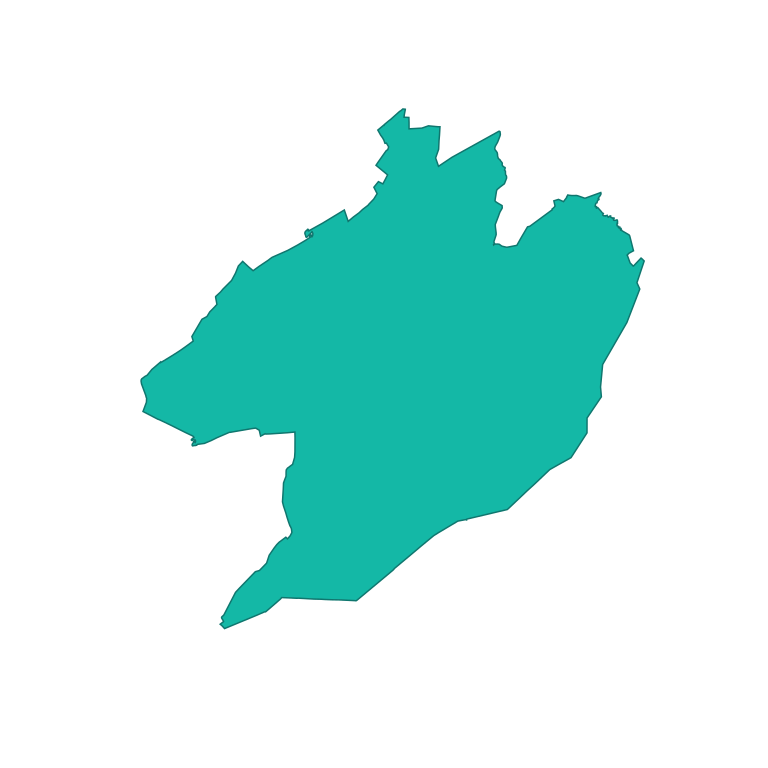 the district of Vilces pag., Jelgava, Latvia, rotated 313°
{"feature_id": "27541924B72553882676759", "entity_name": "Vilces pag.", "entity_type": "district", "adm_level": 2, "iso_a3": "LVA", "parent_name": "Latvia", "parent_adm1": "Jelgava", "projection": "robinson", "projection_center": [23.537, 56.394], "detail": "fine", "context": "isolated", "style": "filled", "palette": "teal", "viewbox_px": 768, "rotation_deg": 313, "n_neighbors": 0, "source": "geoboundaries", "source_scale": "gbopen_adm2", "svg_char_len": 6060}
<svg xmlns="http://www.w3.org/2000/svg" viewBox="0 0 768 768"><g transform="rotate(313 384 384)"><path d="M220.4,204.4L218.7,206.6L213.0,217.9L212.4,218.6L211.7,220.1L208.6,222.7L199.5,226.5L204.0,242.6L204.6,243.9L208.2,255.3L213.2,272.2L215.4,279.1L215.6,280.2L215.4,281.5L215.2,281.7L214.2,281.2L212.5,281.0L211.9,281.1L211.7,281.2L211.6,281.5L211.7,282.1L212.0,282.3L212.8,282.3L213.2,282.6L213.6,283.1L213.6,283.5L213.8,283.7L214.3,284.0L214.0,284.8L213.1,285.7L212.4,285.8L212.4,285.5L212.6,284.2L212.0,284.0L211.5,284.4L211.1,284.5L209.5,284.7L208.7,285.1L208.5,285.3L208.2,285.8L208.3,286.4L209.4,287.0L210.1,287.8L211.5,288.8L211.9,288.6L212.7,288.8L218.1,293.2L224.8,296.2L230.9,298.5L242.8,303.7L243.6,304.2L243.8,304.5L260.9,317.5L264.1,320.1L264.3,320.5L265.1,324.3L261.7,329.3L266.6,331.0L266.7,331.6L269.8,334.7L282.7,346.8L288.1,351.6L284.0,355.6L273.6,365.2L269.3,368.7L262.8,372.0L262.7,371.9L256.6,370.8L254.5,371.1L253.1,372.2L249.7,375.3L246.4,376.6L243.1,378.0L238.2,382.2L228.6,390.1L226.3,393.6L222.7,400.2L220.4,404.0L218.0,408.3L216.2,411.8L215.7,413.4L215.0,415.0L212.6,417.9L209.0,418.9L204.9,419.0L205.0,417.0L205.0,416.7L196.8,415.2L193.6,415.1L189.2,415.5L180.5,416.8L176.2,418.8L172.9,420.3L172.5,420.3L163.0,420.1L162.5,420.0L159.0,417.9L136.8,417.5L130.4,417.5L106.2,424.3L105.6,424.4L103.3,424.2L102.7,424.3L102.3,424.6L102.1,424.9L101.0,428.6L100.8,428.7L96.6,428.0L96.7,430.4L96.4,434.2L129.1,449.1L129.4,449.2L135.6,451.9L136.1,452.2L136.6,452.8L143.7,453.6L156.0,454.9L157.2,454.9L158.0,454.8L164.0,461.8L167.7,466.2L169.1,467.6L178.8,479.3L183.7,484.8L186.0,487.6L190.9,493.3L195.5,498.4L205.5,510.2L206.4,511.4L207.5,511.7L253.6,517.5L255.2,517.6L256.0,517.4L279.3,520.3L290.2,521.6L307.1,523.8L312.7,525.3L333.7,531.4L334.2,531.6L340.1,535.9L340.6,536.4L340.9,537.1L341.4,536.7L342.0,536.9L376.3,559.8L378.6,560.0L403.2,561.5L414.3,562.4L434.5,563.6L442.8,566.2L457.7,571.0L486.7,565.8L497.6,555.7L522.9,551.7L529.5,544.4L547.4,530.6L594.6,519.7L627.9,506.3L630.6,499.9L651.4,490.4L651.5,487.4L651.4,486.1L640.4,486.0L640.2,485.8L640.4,481.4L643.8,474.7L644.1,474.3L644.1,473.9L646.8,474.0L651.6,475.6L651.9,475.1L659.9,462.7L660.2,461.5L658.4,453.6L658.7,452.6L658.0,452.1L658.4,451.7L659.4,451.3L659.0,450.7L658.7,450.5L659.3,450.0L659.5,449.7L659.3,449.6L659.0,449.4L658.5,449.3L658.3,449.1L658.3,448.7L658.5,448.5L659.3,448.2L658.7,446.7L658.8,446.4L659.4,446.0L659.5,445.6L659.7,445.4L660.7,445.2L660.6,444.9L660.8,444.7L661.8,444.4L662.4,443.5L662.7,443.3L663.0,442.7L662.9,442.4L661.6,441.7L661.1,441.1L660.6,440.7L660.4,440.3L660.5,439.9L660.8,439.6L661.2,439.5L662.0,439.4L662.3,439.1L662.1,438.8L661.9,438.5L661.5,438.3L661.1,438.2L660.9,438.0L661.0,437.8L661.2,437.4L661.0,436.7L660.7,436.3L660.7,436.0L660.7,435.5L661.4,435.1L661.1,434.7L660.7,434.6L660.3,434.5L659.7,434.5L659.0,434.3L658.9,433.8L659.2,433.2L659.1,432.7L659.5,432.2L658.9,431.9L658.7,431.6L658.0,431.5L657.8,431.4L657.8,430.9L657.1,430.3L656.8,429.8L656.7,429.5L656.8,428.7L657.5,428.4L658.2,428.3L658.3,427.8L658.0,427.2L658.4,424.5L658.8,420.0L657.6,419.4L658.6,418.4L658.0,417.9L657.8,417.5L658.3,417.0L660.3,415.8L661.1,415.8L661.8,416.2L663.3,415.3L664.3,415.1L665.2,415.4L665.9,415.2L665.9,414.9L665.6,414.5L665.6,414.3L666.8,413.8L668.0,413.8L670.2,413.4L671.1,413.0L671.6,412.4L671.2,412.1L671.6,411.8L656.9,404.3L653.8,397.3L653.2,396.3L649.8,392.7L648.3,390.7L647.6,389.5L645.2,390.1L644.9,390.4L639.8,390.9L638.0,385.7L633.8,383.3L630.8,387.7L630.3,387.8L629.6,387.9L627.9,387.8L626.5,387.6L626.1,388.2L598.9,383.1L596.8,381.8L584.2,384.6L576.0,386.6L569.8,382.1L568.3,381.0L567.5,380.2L565.9,377.4L565.2,376.1L564.8,373.0L563.9,371.7L562.1,369.9L562.1,369.4L560.5,369.4L560.7,369.0L562.2,368.9L562.5,368.0L562.8,367.5L563.7,367.0L568.9,364.6L569.8,364.1L571.1,362.8L574.8,358.4L576.5,356.6L584.9,353.2L586.9,352.3L589.0,351.5L592.9,350.6L593.5,350.3L595.0,348.7L594.7,347.2L594.3,345.6L593.7,342.8L593.5,341.1L593.8,340.1L602.0,334.6L603.3,334.1L606.8,334.5L611.4,335.3L612.3,335.5L613.1,335.3L618.1,333.3L619.0,332.5L619.7,331.5L619.9,330.4L620.5,329.6L622.5,327.6L622.6,326.3L624.0,325.7L624.8,325.1L624.9,324.9L624.6,324.0L624.4,322.5L624.8,321.0L626.0,320.1L626.4,319.4L626.8,316.6L627.1,315.9L626.9,313.9L627.1,313.4L627.4,313.0L628.1,311.7L629.3,310.5L630.3,309.2L630.7,307.9L631.1,305.4L631.4,304.8L631.9,304.3L632.5,303.9L633.6,303.3L638.2,302.2L640.3,301.4L644.7,299.6L646.0,298.8L647.7,296.7L647.5,295.9L647.3,295.7L596.2,279.1L580.4,275.4L584.5,267.6L592.9,263.9L599.6,258.2L603.8,254.9L610.3,249.5L608.7,247.7L603.1,240.4L597.0,237.2L587.7,228.3L592.5,223.8L595.9,220.4L592.8,216.7L594.5,215.4L599.4,212.3L599.5,212.2L598.0,210.2L595.3,209.9L594.0,209.5L582.0,208.4L579.6,208.0L574.0,207.3L573.5,207.5L573.5,207.3L565.5,206.3L563.7,211.8L563.0,215.3L562.2,217.7L560.8,220.3L560.7,220.6L561.8,221.5L560.6,225.7L558.0,226.9L556.0,226.5L542.8,228.3L538.5,229.0L539.4,244.0L534.5,245.4L529.6,246.7L528.2,241.9L521.0,242.4L518.5,249.2L518.3,249.2L512.2,250.4L504.6,250.3L504.2,250.5L497.0,249.3L492.2,249.0L485.2,247.7L478.5,246.9L484.2,236.3L459.8,229.4L445.3,224.7L444.9,224.7L444.8,224.4L444.5,224.4L444.3,224.2L444.4,223.9L445.3,223.4L445.3,222.8L445.0,222.6L444.1,222.7L442.2,222.5L441.2,222.7L440.4,223.2L439.9,223.8L439.0,225.6L438.4,226.4L438.3,226.8L438.4,227.2L439.1,227.5L444.8,227.6L446.3,227.4L446.3,227.8L445.5,229.4L444.4,230.3L443.5,230.7L442.5,230.9L442.4,230.7L442.5,230.4L443.0,230.1L443.4,229.3L443.1,228.9L442.2,228.6L441.5,228.9L441.1,229.2L441.1,229.9L440.0,229.7L435.1,228.5L426.6,226.0L416.1,222.5L400.4,215.8L398.0,215.3L395.5,214.9L384.8,212.4L377.6,211.0L377.3,205.2L377.3,197.0L371.0,197.0L363.8,199.8L355.8,201.9L343.7,201.5L339.7,201.7L333.2,201.2L332.9,201.4L332.6,201.7L328.2,207.6L326.3,207.5L325.7,207.6L317.9,207.4L312.6,208.5L307.2,206.7L287.7,211.1L285.3,215.2L274.8,213.2L268.7,211.9L259.4,209.5L250.1,206.9L247.6,206.1L247.8,205.9L247.9,205.6L236.3,204.3L228.9,204.8L226.5,204.0L222.5,203.3L221.4,203.6L220.4,204.4Z" fill="#14b8a6" stroke="#0f766e" stroke-width="1.5"/></g></svg>